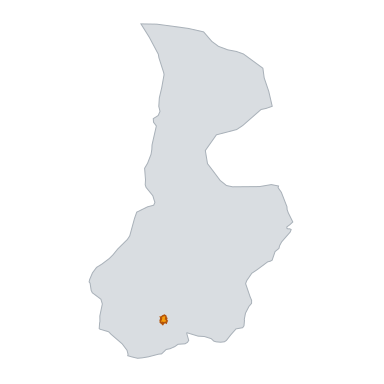 Vērēmu pag., Rezeknes, Latvia shown in context, rotated 91°
{"feature_id": "27541924B33063248942187", "entity_name": "Vērēmu pag.", "entity_type": "district", "adm_level": 2, "iso_a3": "LVA", "parent_name": "Latvia", "parent_adm1": "Rezeknes", "projection": "orthographic", "projection_center": [27.375, 56.565], "detail": "fine", "context": "in_parent", "style": "filled", "palette": "amber", "viewbox_px": 384, "rotation_deg": 91, "n_neighbors": 0, "source": "geoboundaries", "source_scale": "gbopen_adm2", "svg_char_len": 3658}
<svg xmlns="http://www.w3.org/2000/svg" viewBox="0 0 384 384"><g transform="rotate(91 192 192)"><path d="M283.7,293.3L281.3,292.8L274.6,290.1L269.0,286.1L265.7,280.9L260.0,273.6L256.2,269.9L250.3,265.3L240.6,255.8L237.0,253.5L219.4,249.0L213.1,246.9L207.6,236.2L205.9,230.1L203.0,228.9L199.9,230.0L196.4,231.1L188.2,238.0L185.6,238.9L180.6,238.7L169.1,239.8L164.0,236.9L155.0,233.6L150.1,232.9L145.7,232.8L126.6,228.8L122.9,231.7L119.3,232.0L116.1,227.1L111.9,225.4L107.0,226.7L98.4,226.3L88.3,224.1L75.3,222.0L73.4,222.3L58.4,227.4L54.8,228.1L38.2,237.3L24.8,246.0L24.8,230.1L28.5,198.6L31.7,183.2L41.1,174.8L45.9,168.1L49.2,158.8L50.7,150.1L53.1,143.0L67.0,123.3L76.7,121.8L90.1,117.0L104.9,113.3L107.2,119.6L108.3,124.4L124.7,142.5L128.8,148.5L134.4,168.6L150.3,179.4L163.4,177.0L169.2,172.4L180.0,164.0L184.9,157.7L186.1,151.5L185.4,124.5L183.2,112.8L184.5,105.6L186.2,106.0L190.7,102.7L205.1,96.8L207.9,96.6L211.1,95.4L220.2,90.7L222.9,93.5L225.2,96.5L226.5,96.6L227.2,95.5L227.1,93.6L227.8,92.2L230.3,93.1L240.3,101.5L244.2,103.5L246.9,104.1L250.1,107.9L258.8,110.7L259.9,112.7L260.5,115.1L268.6,125.6L272.2,130.8L279.6,135.7L282.7,136.8L295.7,132.1L299.3,130.5L302.3,130.5L305.3,133.0L312.2,136.4L318.5,137.5L319.6,137.3L324.9,137.7L326.8,139.0L328.1,145.6L334.1,150.7L339.8,155.0L341.2,157.0L341.7,160.8L341.4,165.2L340.7,167.6L338.3,170.2L336.3,177.0L336.0,183.4L332.8,194.6L333.5,194.8L340.4,192.7L342.4,193.9L343.9,196.3L344.5,203.3L346.8,206.4L349.1,211.3L349.9,215.1L354.4,219.6L354.7,222.5L357.6,232.9L358.7,238.9L359.2,243.5L357.9,249.4L356.8,253.4L355.4,253.1L351.4,254.2L345.1,259.1L335.7,270.4L333.2,272.9L330.8,281.6L330.2,282.4L324.6,282.1L323.1,281.8L317.6,282.0L305.5,279.7L300.8,281.2L294.5,289.9L292.1,291.1L285.0,292.3L283.7,293.3Z" fill="#d9dde1" stroke="#a8b0b8" stroke-width="1"/><path d="M321.3,214.6L321.2,214.7L321.0,214.9L320.9,214.9L320.7,215.1L320.4,215.2L320.4,215.3L320.2,215.4L320.0,215.5L319.9,215.6L319.5,216.1L319.4,216.0L319.4,215.9L319.3,215.7L319.2,215.5L319.2,215.3L318.8,215.1L318.7,215.5L318.6,215.9L318.5,216.1L318.4,216.1L318.0,215.9L317.9,215.9L317.8,215.7L317.5,215.8L317.1,215.9L316.9,215.9L316.7,216.0L316.4,216.1L316.3,216.3L316.2,216.3L316.1,216.5L315.9,216.9L315.9,217.0L315.6,217.4L315.7,217.5L315.9,217.7L315.9,217.8L315.9,218.0L316.0,218.4L316.0,218.5L316.4,218.9L316.4,219.0L316.5,219.0L316.6,219.3L316.7,219.5L316.8,219.7L317.0,219.9L317.1,220.0L317.4,220.5L317.5,220.7L317.5,220.8L317.8,220.9L317.8,221.0L317.9,220.9L318.3,220.8L318.3,221.1L318.5,221.1L318.7,220.9L318.8,220.9L318.9,220.7L319.0,220.7L319.0,220.4L319.3,220.5L319.5,220.5L319.4,220.7L319.4,220.8L319.3,221.0L319.5,221.1L320.1,221.3L320.2,221.0L320.2,220.9L320.6,220.9L320.6,221.3L320.7,221.5L321.1,221.6L321.3,221.5L321.5,221.5L321.8,221.4L322.0,221.3L322.3,221.4L322.5,221.3L322.8,221.4L322.9,221.2L323.0,221.2L322.9,221.2L323.0,221.1L323.1,220.9L323.3,220.8L323.4,220.7L323.5,220.7L323.7,220.4L323.6,220.2L323.4,219.9L323.2,219.7L323.0,219.4L323.1,219.2L323.3,219.1L323.5,219.0L323.5,218.9L323.6,219.0L323.4,219.2L323.5,219.2L323.7,219.3L323.8,219.4L324.2,219.4L324.5,219.4L325.0,219.1L325.1,218.9L325.0,218.7L324.7,218.7L324.2,218.8L323.8,218.9L323.8,218.7L323.7,218.6L323.7,218.4L323.7,218.2L323.4,218.2L323.2,218.2L323.3,218.0L323.3,217.9L323.3,218.0L323.4,217.9L323.5,217.7L323.4,217.6L323.3,217.4L323.2,217.3L323.2,217.2L322.9,216.9L322.9,217.0L322.9,216.9L322.9,216.7L322.7,216.5L322.7,216.4L322.8,215.9L323.0,215.9L323.3,215.8L323.3,215.7L323.5,215.4L323.2,215.3L322.8,215.2L322.7,215.1L322.4,215.1L321.9,214.9L321.7,214.8L321.6,214.7L321.4,214.7L321.3,214.6Z" fill="#f59e0b" stroke="#b45309" stroke-width="1.5"/></g></svg>